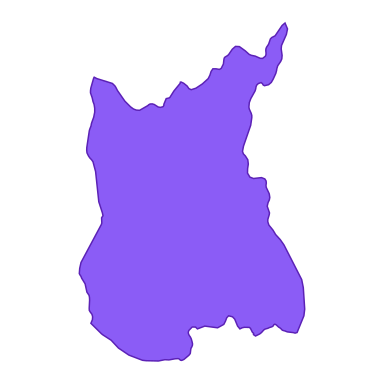 outline of Rôtânôkiri
{"feature_id": "KHM-1795", "entity_name": "Rôtânôkiri", "entity_type": "Province", "adm_level": 1, "iso_a3": "KHM", "parent_name": "Cambodia", "parent_adm1": "", "projection": "albers", "projection_center": [107.133, 13.934], "detail": "fine", "context": "isolated", "style": "filled", "palette": "violet", "viewbox_px": 384, "rotation_deg": 0, "n_neighbors": 0, "source": "natural_earth", "source_scale": "10m", "svg_char_len": 3407}
<svg xmlns="http://www.w3.org/2000/svg" viewBox="0 0 384 384"><path d="M285.0,23.0L287.5,28.9L286.4,34.4L281.5,45.5L281.2,48.9L282.1,55.4L281.8,58.9L280.7,61.4L277.7,65.8L276.8,68.8L276.6,70.4L275.8,73.4L273.2,79.1L271.3,82.4L268.6,84.7L264.5,85.7L263.2,85.0L262.4,83.6L261.1,82.6L258.4,83.5L256.7,85.1L256.0,86.9L255.7,88.9L255.1,90.9L250.8,98.6L249.3,102.6L248.9,107.1L249.3,109.1L251.2,113.3L251.8,115.5L251.8,117.6L250.7,125.3L243.5,146.1L242.5,151.4L243.4,153.9L245.4,156.0L247.8,159.8L248.3,164.1L247.6,168.7L247.5,173.1L249.9,177.1L253.5,178.5L261.5,177.6L264.8,178.9L266.1,181.0L266.3,183.2L266.0,185.3L266.2,187.3L269.2,193.7L269.4,194.8L269.8,197.5L269.3,200.0L268.1,202.5L267.2,206.2L269.5,212.9L269.2,214.8L267.8,219.5L267.8,221.8L268.9,225.1L272.9,230.0L274.9,233.3L275.4,234.3L280.3,239.7L284.0,245.0L301.7,279.6L303.3,287.6L304.7,309.1L303.9,315.8L297.1,332.5L295.1,333.1L293.3,332.6L287.4,331.9L286.2,331.5L285.4,331.1L283.2,330.5L282.4,330.2L281.9,329.8L281.0,328.8L280.1,328.0L278.5,327.0L276.4,325.0L275.2,324.3L274.5,324.3L273.9,324.6L273.3,325.8L272.7,326.3L271.9,326.8L269.3,327.6L267.9,328.3L265.3,329.0L264.6,329.4L264.1,329.7L263.2,330.6L262.0,332.0L260.6,333.3L259.6,334.0L255.5,336.0L253.5,334.6L253.6,333.3L252.5,332.4L250.4,328.3L249.3,327.4L244.3,327.3L242.1,327.8L239.9,328.9L237.6,326.1L234.7,319.1L232.5,316.8L228.6,315.8L226.7,317.8L225.5,321.1L223.8,324.4L217.6,327.8L204.8,326.1L197.4,328.9L195.6,327.1L193.0,327.0L192.4,327.0L192.0,327.2L189.1,330.2L188.7,330.8L188.5,331.5L188.3,332.3L188.3,333.1L188.8,334.6L189.5,335.8L190.3,336.9L191.0,338.3L191.3,339.0L192.2,342.2L192.2,342.4L192.5,343.6L192.5,344.5L192.4,345.4L192.1,346.1L191.8,346.9L191.1,348.1L190.8,349.1L190.3,353.3L189.9,354.0L189.5,354.6L188.5,355.6L184.0,359.4L182.5,360.1L181.4,360.4L180.6,360.2L180.0,359.8L179.5,359.3L179.0,358.9L178.2,358.6L175.0,358.8L169.6,359.8L168.2,359.9L167.3,359.8L164.8,359.7L158.4,361.0L155.0,360.9L146.1,360.7L142.5,360.3L128.9,355.1L118.5,348.1L111.1,340.2L102.9,334.9L101.5,333.8L90.9,323.3L92.4,319.7L92.6,317.1L92.5,316.1L92.2,315.2L92.0,314.4L91.6,313.8L90.3,312.1L89.3,310.4L89.2,308.3L89.6,300.1L89.5,297.7L89.1,295.4L86.9,292.1L85.1,283.8L81.6,278.1L81.0,276.4L80.1,275.1L79.3,273.6L79.7,268.4L81.0,262.5L101.4,224.4L101.8,223.0L101.6,217.8L103.0,215.7L102.4,212.9L98.8,201.8L95.6,171.6L93.0,161.8L91.6,159.8L89.8,157.9L88.4,155.8L87.0,152.9L86.7,150.2L86.8,147.5L89.3,130.8L89.7,129.3L91.0,126.0L91.5,123.3L93.7,117.2L94.7,112.2L94.7,108.3L94.1,104.5L93.0,101.5L92.2,97.8L90.5,92.9L90.5,90.8L90.8,88.2L93.4,79.0L93.8,77.9L94.2,77.2L96.9,78.6L112.3,83.4L113.2,84.2L114.9,85.9L115.8,87.3L117.5,90.6L124.9,101.2L130.5,106.8L133.5,109.0L136.4,110.1L139.6,110.3L147.8,105.6L148.8,104.7L150.1,104.0L152.3,103.9L154.3,104.5L158.2,107.0L160.4,107.4L163.0,106.7L163.8,105.6L163.9,104.2L166.2,98.6L168.9,98.0L169.8,97.5L173.9,91.0L180.2,83.3L180.3,82.2L181.0,82.0L183.6,83.2L187.1,86.0L188.9,88.6L191.2,89.7L195.9,88.2L202.4,83.9L208.2,78.6L209.9,75.2L211.1,71.4L212.9,68.8L216.0,68.8L219.4,69.4L221.2,68.4L223.4,64.0L223.9,59.6L224.2,58.1L225.0,57.1L227.5,55.6L228.6,54.6L232.3,49.2L235.5,46.4L239.4,46.6L245.2,50.8L249.2,54.4L251.3,55.3L255.2,56.1L260.2,58.3L262.6,58.4L265.4,56.2L266.0,54.5L266.0,52.6L265.8,50.8L265.9,49.0L266.5,47.3L268.0,45.1L268.7,43.9L270.4,38.9L271.8,37.5L275.1,35.8L282.1,25.5L285.0,23.0Z" fill="#8b5cf6" stroke="#5b21b6" stroke-width="1.5"/></svg>